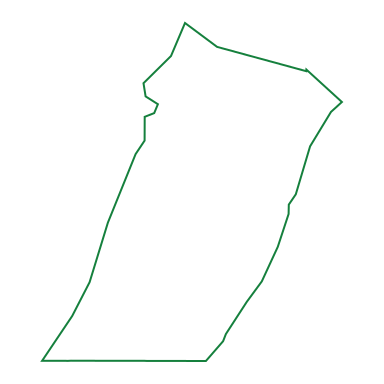 Fulton, Pennsylvania, United States of America
{"feature_id": "52423323B39078758383131", "entity_name": "Fulton", "entity_type": "district", "adm_level": 2, "iso_a3": "USA", "parent_name": "United States of America", "parent_adm1": "Pennsylvania", "projection": "equal_earth", "projection_center": [-78.158, 39.944], "detail": "fine", "context": "isolated", "style": "outline", "palette": "green", "viewbox_px": 384, "rotation_deg": 0, "n_neighbors": 0, "source": "geoboundaries", "source_scale": "gbopen_adm2", "svg_char_len": 579}
<svg xmlns="http://www.w3.org/2000/svg" viewBox="0 0 384 384"><path d="M64.0,360.8L65.3,360.8L65.9,360.8L67.3,360.9L71.0,360.7L106.9,360.8L122.0,360.8L123.6,360.8L144.5,360.8L145.4,360.9L205.9,361.0L223.1,341.2L225.9,334.0L246.8,301.8L261.8,281.4L277.8,246.8L288.6,214.0L288.8,204.6L295.8,194.3L310.1,146.3L331.0,111.9L341.9,102.0L306.4,69.6L306.3,71.2L217.1,46.9L185.0,23.0L171.0,56.0L143.5,83.2L145.6,96.4L157.9,104.2L154.2,113.1L144.7,116.8L144.6,140.6L135.6,154.1L107.9,222.6L89.6,282.2L72.2,316.0L42.1,360.8L64.0,360.8Z" fill="none" stroke="#15803d" stroke-width="2"/></svg>